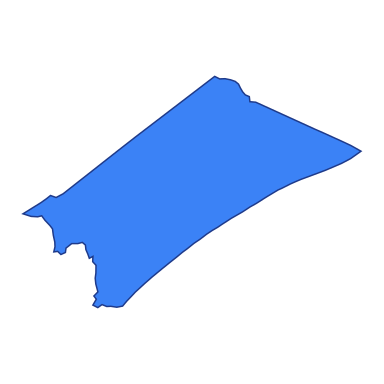 Pirambu, Sergipe, Brazil (orthographic projection)
{"feature_id": "56859067B46148324219241", "entity_name": "Pirambu", "entity_type": "district", "adm_level": 2, "iso_a3": "BRA", "parent_name": "Brazil", "parent_adm1": "Sergipe", "projection": "orthographic", "projection_center": [-36.821, -10.66], "detail": "fine", "context": "isolated", "style": "filled", "palette": "blue", "viewbox_px": 384, "rotation_deg": 0, "n_neighbors": 0, "source": "geoboundaries", "source_scale": "gbopen_adm2", "svg_char_len": 1224}
<svg xmlns="http://www.w3.org/2000/svg" viewBox="0 0 384 384"><path d="M116.8,307.2L122.6,306.1L126.7,301.2L131.3,296.4L135.3,292.1L144.9,283.3L152.2,276.9L161.9,268.9L169.3,262.9L177.0,256.8L182.4,252.3L187.3,248.7L194.0,243.3L200.1,239.2L206.6,234.2L212.3,230.4L217.8,227.2L222.2,224.2L227.5,220.8L231.3,218.3L242.5,211.9L250.1,206.9L256.5,203.3L264.3,198.3L267.7,196.2L272.7,193.2L278.0,190.0L281.6,188.4L290.1,184.1L294.8,182.0L300.9,179.4L325.6,170.2L341.7,163.3L350.6,158.6L361.0,151.2L351.2,145.7L343.8,142.2L323.6,133.0L314.7,129.1L255.7,102.2L249.9,101.7L249.3,96.6L245.3,94.9L242.6,91.8L240.4,88.0L238.5,84.1L235.2,81.4L230.6,79.8L225.0,78.7L219.7,78.9L214.7,76.4L135.7,136.8L118.4,150.3L63.1,193.8L56.1,197.5L50.5,195.5L46.5,198.7L40.7,202.8L23.0,213.8L31.1,216.4L37.7,216.8L41.7,215.8L45.0,220.3L50.0,225.6L52.5,228.9L53.3,235.2L54.8,242.1L55.0,246.7L53.8,251.9L57.7,251.4L60.9,254.5L65.4,252.5L66.0,248.1L71.7,243.6L77.8,243.6L82.3,242.4L85.4,245.0L85.9,249.6L87.8,254.0L89.3,258.3L92.9,256.4L92.7,261.7L96.0,265.3L95.9,273.0L95.2,278.2L95.8,284.0L97.9,291.9L93.9,296.0L96.3,299.2L92.9,305.1L97.8,307.6L102.0,304.6L106.8,306.5L110.8,306.3L116.8,307.2Z" fill="#3b82f6" stroke="#1e3a8a" stroke-width="1.5"/></svg>